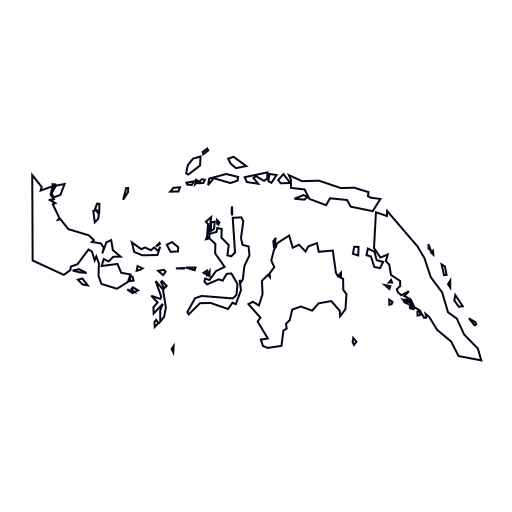 Indonesia, Equal Earth projection, rotated 179°
{"feature_id": "IDN", "entity_name": "Indonesia", "entity_type": "country or territory", "adm_level": 0, "iso_a3": "IDN", "parent_name": "Asia", "parent_adm1": "", "projection": "equal_earth", "projection_center": [119.503, -2.501], "detail": "fine", "context": "isolated", "style": "outline", "palette": "ink", "viewbox_px": 512, "rotation_deg": 179, "n_neighbors": 0, "source": "natural_earth", "source_scale": "50m", "svg_char_len": 6175}
<svg xmlns="http://www.w3.org/2000/svg" viewBox="0 0 512 512"><g transform="rotate(179 256 256)"><path d="M172.9,194.3L173.2,199.7L181.5,209.6L194.2,207.6L200.8,200.4L212.0,204.7L220.7,201.8L223.4,191.3L227.2,187.7L226.6,182.8L229.9,181.0L232.1,165.7L246.0,163.9L250.7,166.0L252.6,172.4L245.6,173.3L255.5,190.4L252.7,194.3L264.4,208.0L260.0,210.3L253.9,206.5L250.1,217.9L250.5,231.1L244.2,237.1L242.5,234.7L242.6,238.5L237.9,244.5L240.8,251.3L237.8,262.2L235.8,265.1L234.8,268.3L222.5,275.9L219.1,263.6L212.8,266.5L206.3,259.6L203.6,264.7L194.8,267.8L193.2,259.1L179.1,260.1L176.4,237.8L174.5,234.3L169.3,231.6L169.3,220.6L166.2,216.3L167.5,201.3L172.9,194.3ZM32.6,147.7L55.2,152.4L62.4,167.1L76.2,179.0L83.9,192.1L87.5,195.3L86.9,191.4L89.0,191.2L93.2,198.7L98.5,202.0L102.1,209.9L108.4,213.4L103.7,218.1L111.4,214.2L114.7,217.2L115.8,220.4L112.3,223.5L112.4,228.6L121.4,234.7L122.9,245.0L126.2,248.6L124.3,255.2L131.6,252.3L137.9,261.9L135.3,297.6L124.4,293.7L124.1,298.7L94.3,262.7L87.5,250.6L81.7,231.9L70.5,216.3L65.0,196.4L56.3,189.9L49.3,173.9L35.8,159.6L32.6,147.7ZM479.4,255.4L478.3,340.9L469.1,328.8L470.2,325.2L458.2,329.3L460.3,320.8L457.0,316.4L458.2,315.8L460.1,316.1L461.2,315.6L455.7,312.3L458.3,311.3L451.9,297.4L453.3,295.7L450.9,296.2L443.1,286.1L422.8,279.6L417.8,274.7L419.8,272.9L410.9,271.3L408.0,266.8L409.7,261.2L405.3,272.3L400.5,274.4L399.0,264.4L391.4,257.7L398.8,257.7L403.3,253.1L408.3,255.6L410.5,248.7L394.7,250.5L391.0,241.5L381.9,239.8L384.5,232.3L395.6,225.7L411.1,230.8L413.8,238.9L413.2,251.4L415.7,258.3L417.4,254.4L419.9,263.3L423.4,265.4L434.6,250.9L441.3,248.7L441.8,245.2L448.5,240.5L479.4,255.4ZM325.6,201.2L317.7,214.8L311.1,217.0L280.0,214.0L276.2,217.4L275.0,228.3L280.9,239.0L285.6,238.6L289.8,231.9L293.6,233.3L305.4,228.5L308.0,231.2L307.4,234.2L302.8,232.9L296.4,241.5L287.6,245.7L296.8,259.3L296.4,268.7L302.2,274.5L302.4,278.8L295.0,280.8L294.3,284.6L289.9,283.7L290.2,274.9L283.1,267.4L284.6,257.2L280.8,256.1L276.9,259.8L278.6,294.6L270.0,294.9L268.1,291.0L270.7,274.1L269.2,267.3L263.3,265.7L262.5,256.8L267.7,246.4L269.6,232.9L271.5,230.0L272.8,232.3L271.6,222.1L277.0,208.2L280.3,209.7L284.9,203.5L302.1,209.8L312.8,209.8L324.3,198.8L325.6,201.2ZM138.5,298.8L160.5,303.7L164.0,310.4L181.0,312.4L185.0,305.6L201.6,312.1L206.3,321.7L219.9,323.5L219.7,331.5L221.7,336.3L208.7,330.0L191.7,330.2L169.9,322.4L156.7,322.6L142.4,317.9L143.0,313.8L139.8,312.2L130.6,310.9L138.5,298.8ZM350.0,209.8L359.3,200.3L359.5,206.4L355.2,211.3L361.4,218.1L352.5,214.8L351.5,217.0L356.8,232.7L349.6,224.2L347.0,206.0L349.0,196.7L352.9,192.0L352.7,203.4L350.0,209.8ZM369.7,258.7L377.7,262.2L379.9,271.8L370.6,264.8L366.9,266.5L361.0,263.6L357.6,266.4L353.9,262.6L351.6,267.0L354.5,258.7L369.7,258.7ZM301.4,334.2L284.4,338.5L272.5,335.4L273.1,331.7L280.3,329.4L296.9,334.5L302.7,327.6L301.4,334.2ZM252.5,328.2L263.9,330.1L265.9,335.0L243.1,339.4L243.5,333.2L246.7,331.0L254.6,335.8L257.2,334.0L252.5,328.2ZM322.2,338.6L324.4,339.9L322.6,348.0L317.3,354.4L309.7,356.5L310.4,347.4L322.2,338.6ZM137.9,243.0L141.1,253.5L145.5,254.9L144.0,261.5L137.5,258.2L135.4,249.7L129.0,247.9L132.2,241.7L137.9,243.0ZM454.8,329.8L446.1,331.3L450.5,320.5L457.2,318.2L459.3,322.2L454.8,329.8ZM274.5,344.2L279.7,348.7L282.1,353.8L276.8,355.6L264.2,346.1L274.5,344.2ZM341.4,261.7L345.0,268.8L339.7,271.4L333.6,266.1L333.9,261.9L341.4,261.7ZM230.0,328.3L232.5,331.6L227.1,337.4L220.5,328.4L230.0,328.3ZM242.4,330.6L241.1,337.8L234.0,336.6L239.3,328.9L242.4,330.6ZM159.1,256.5L157.6,263.5L153.3,263.3L153.8,254.8L159.1,256.5ZM416.6,292.5L417.9,303.9L415.2,304.4L412.4,300.8L413.0,296.1L416.6,292.5ZM216.6,312.6L207.4,316.1L203.4,314.1L206.8,311.5L216.6,312.6ZM304.4,278.8L303.4,288.7L305.5,291.2L300.2,295.6L302.2,281.8L304.4,278.8ZM54.1,201.7L58.5,208.1L57.4,213.5L50.2,202.2L54.1,201.7ZM70.6,244.4L67.3,242.2L65.8,233.8L68.3,233.6L70.6,244.4ZM384.6,326.2L382.6,326.2L382.8,322.1L387.8,314.6L384.6,326.2ZM380.1,221.0L385.3,224.8L378.3,222.1L381.0,225.5L379.5,226.8L374.5,223.7L380.1,221.0ZM317.6,242.8L326.3,245.7L316.7,245.5L317.6,242.8ZM300.2,290.4L296.6,291.0L297.5,283.8L300.7,281.8L300.2,290.4ZM424.8,229.6L429.8,230.5L434.5,235.4L430.0,236.5L424.8,229.6ZM340.6,321.9L337.4,325.6L330.8,326.0L332.5,321.8L340.6,321.9ZM416.1,305.8L414.0,311.1L411.7,310.9L412.0,302.5L416.1,305.8ZM354.1,242.9L348.3,243.8L346.7,241.9L349.2,238.5L354.1,242.9ZM425.7,242.0L432.8,242.8L439.6,244.7L433.1,245.9L425.7,242.0ZM302.8,236.6L308.7,240.1L305.4,242.3L305.2,238.2L302.6,241.9L302.8,236.6ZM357.0,193.9L354.7,190.7L358.5,186.8L358.7,191.7L357.0,193.9ZM318.9,328.1L323.5,328.6L324.3,330.5L317.0,331.7L318.9,328.1ZM375.6,243.3L374.6,248.0L369.6,245.6L372.1,244.2L375.6,243.3ZM238.4,270.6L235.9,273.8L237.9,263.8L238.4,270.6ZM348.4,225.2L351.4,231.6L350.3,232.6L345.8,227.6L348.4,225.2ZM44.2,189.9L37.8,186.0L37.0,183.7L38.7,182.9L44.2,189.9ZM160.2,172.4L157.1,168.5L159.6,165.4L160.9,168.5L160.2,172.4ZM382.0,238.3L379.8,237.5L378.8,233.6L382.3,233.1L382.0,238.3ZM108.1,209.7L103.1,209.7L103.3,206.6L108.1,209.7ZM95.5,193.6L95.6,197.4L93.4,198.1L92.6,194.3L95.5,193.6ZM312.5,329.8L308.9,333.7L305.8,333.2L307.3,329.9L312.5,329.8ZM302.9,364.3L301.9,362.4L307.0,358.6L307.5,360.9L302.9,364.3ZM328.4,244.7L336.3,245.0L327.0,245.3L328.4,244.7ZM123.6,205.0L123.5,210.0L120.3,207.6L121.4,205.4L123.6,205.0ZM174.0,234.7L171.3,237.8L171.4,234.0L174.0,234.7ZM83.3,260.5L83.4,264.8L80.8,257.7L83.3,260.5ZM123.2,220.7L127.7,224.7L122.2,223.5L123.2,220.7ZM294.3,292.6L292.0,290.2L293.0,287.8L294.3,288.9L294.3,292.6ZM64.5,224.4L62.2,228.0L62.3,221.0L64.5,224.4ZM102.5,207.9L101.0,206.8L100.8,202.6L102.6,204.7L102.5,207.9ZM342.0,164.5L339.9,167.4L340.4,161.1L342.0,164.5ZM315.6,328.9L314.7,333.2L312.6,332.1L315.6,328.9ZM102.9,201.1L103.2,203.4L98.6,199.8L102.9,201.1ZM120.4,227.1L123.6,227.1L121.4,229.7L120.4,227.1ZM109.7,209.5L105.2,207.1L105.4,205.7L108.1,206.9L109.7,209.5ZM305.7,273.6L304.4,276.7L303.4,274.1L305.7,273.6ZM355.8,267.3L352.3,270.7L351.8,269.7L355.8,267.3ZM458.2,331.3L455.3,331.1L455.0,330.3L457.3,328.5L458.2,331.3ZM279.7,299.6L279.1,306.1L279.0,297.0L279.7,299.6ZM80.8,256.3L79.0,258.1L78.7,254.3L80.8,256.3Z" fill="none" stroke="#020617" stroke-width="2"/></g></svg>